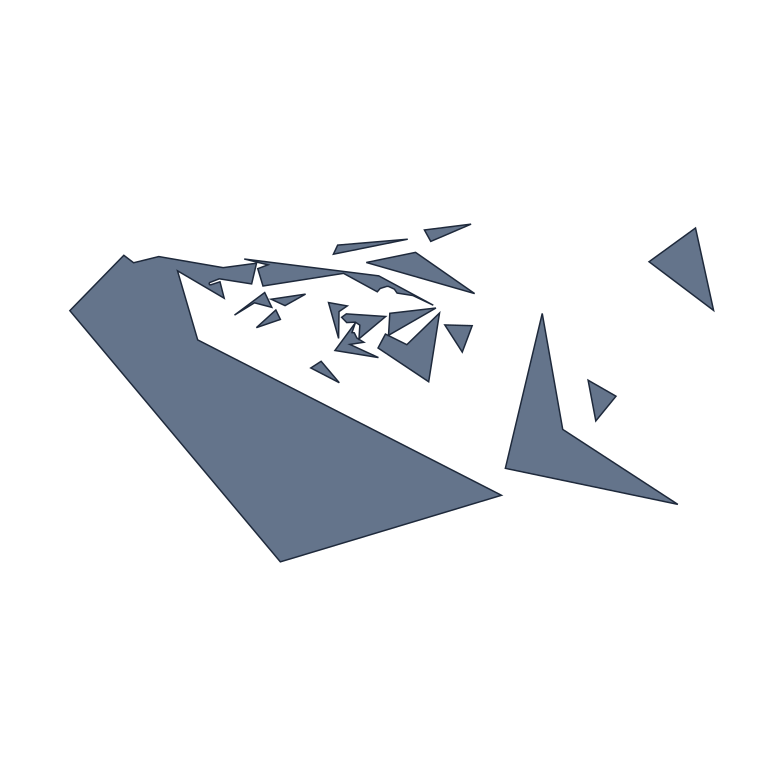 Guayaquil, Guayas, Ecuador, rotated 276°
{"feature_id": "8360857B75288721097085", "entity_name": "Guayaquil", "entity_type": "district", "adm_level": 2, "iso_a3": "ECU", "parent_name": "Ecuador", "parent_adm1": "Guayas", "projection": "natural_earth1", "projection_center": [-80.067, -2.513], "detail": "medium", "context": "isolated", "style": "filled", "palette": "slate", "viewbox_px": 768, "rotation_deg": 276, "n_neighbors": 0, "source": "geoboundaries", "source_scale": "gbopen_adm2", "svg_char_len": 1530}
<svg xmlns="http://www.w3.org/2000/svg" viewBox="0 0 768 768"><g transform="rotate(276 384 384)"><path d="M424.1,63.9L196.3,299.5L285.6,512.4L408.4,194.1L475.0,166.8L452.6,216.1L468.5,210.2L464.5,201.3L464.5,200.2L465.3,199.6L466.6,199.9L471.4,209.2L469.7,241.9L490.8,244.6L482.9,211.9L487.2,146.7L478.4,122.3L484.8,111.8L424.1,63.9ZM470.7,534.0L312.8,513.5L295.0,688.8L357.5,566.5L470.7,534.0ZM533.3,634.8L491.6,704.1L571.7,677.5L533.3,634.8ZM491.0,367.5L493.7,231.9L490.4,256.2L485.5,246.4L468.8,253.4L489.8,332.2L475.0,367.7L478.6,370.2L481.4,376.6L481.5,378.3L479.4,384.4L475.8,387.5L475.0,403.5L467.5,424.8L491.0,367.5ZM483.4,464.7L518.2,401.6L503.0,353.7L483.4,464.7ZM433.8,380.2L419.2,374.3L390.9,428.2L460.4,431.8L425.5,402.6L433.8,380.2ZM541.4,408.1L530.7,415.6L552.1,453.9L541.4,408.1ZM465.0,427.7L454.9,382.4L432.9,383.4L465.0,427.7ZM409.1,586.6L369.4,598.5L396.1,616.0L409.1,586.6ZM530.5,392.5L517.3,323.4L507.8,320.1L530.5,392.5ZM441.8,349.1L412.2,331.7L409.7,375.7L419.8,345.9L423.4,359.6L426.9,352.2L431.8,349.1L431.8,346.8L441.8,349.1ZM462.5,255.8L436.9,228.1L451.2,246.7L448.5,264.4L462.5,255.8ZM451.3,378.6L449.8,339.2L445.9,334.9L441.2,340.5L442.5,349.1L440.0,353.8L426.3,354.4L451.3,378.6ZM451.2,465.6L449.1,438.3L423.9,458.5L451.2,465.6ZM459.2,320.3L424.6,334.1L451.3,331.7L457.8,339.3L459.2,320.3ZM380.6,339.4L400.0,319.1L392.3,309.5L380.6,339.4ZM465.2,296.6L456.5,262.9L451.6,277.4L465.2,296.6ZM446.3,268.7L426.7,251.2L437.4,274.2L446.3,268.7Z" fill="#64748b" stroke="#1e293b" stroke-width="1.5"/></g></svg>